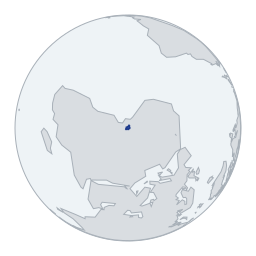 the Earth from above Nassarawa, rotated 135°
{"feature_id": "NGA-2867", "entity_name": "Nassarawa", "entity_type": "State", "adm_level": 1, "iso_a3": "NGA", "parent_name": "Nigeria", "parent_adm1": "", "projection": "orthographic", "projection_center": [8.322, 8.561], "detail": "fine", "context": "on_globe", "style": "filled", "palette": "blue", "viewbox_px": 256, "rotation_deg": 135, "n_neighbors": 0, "source": "natural_earth", "source_scale": "10m", "svg_char_len": 8871}
<svg xmlns="http://www.w3.org/2000/svg" viewBox="0 0 256 256"><g transform="rotate(135 128 128)"><circle cx="128" cy="128" r="113" fill="#eef3f6" stroke="#a8b0b8"/><path d="M88.8,22.4L87.7,22.8L88.5,22.6L85.9,23.6L88.7,22.7L90.9,21.8L92.9,21.2L93.5,21.1L90.4,22.2L89.6,22.5L89.0,22.8L87.2,23.4L88.5,23.1L84.6,24.7L89.3,23.0L87.0,24.3L84.2,25.4L83.3,25.3L74.5,28.9L71.4,30.6L67.8,32.8L63.6,36.5L60.6,38.6L57.5,41.5L59.6,40.1L62.9,37.4L66.1,35.9L69.7,33.2L71.6,32.3L75.8,29.8L76.4,30.3L74.7,32.2L71.3,34.4L70.4,35.5L74.7,33.7L69.3,38.5L67.4,43.1L65.9,44.6L61.0,46.3L58.5,45.2L52.2,48.9L57.5,46.8L53.6,51.0L53.4,51.9L54.4,52.1L56.4,50.7L55.3,52.3L49.6,54.7L50.5,53.2L52.3,52.3L51.1,52.0L47.3,54.3L45.6,56.5L41.6,58.5L40.3,60.3L38.7,62.0L41.0,58.9L36.8,64.7L31.9,70.0L26.1,80.9L30.4,71.9L31.2,70.4L35.8,63.3L41.0,56.5L46.6,50.1L52.7,44.2L59.2,38.8L66.1,33.9L73.4,29.5L81.0,25.6L88.8,22.4ZM19.5,97.8L19.4,98.2L18.2,102.7L19.5,97.8ZM17.2,107.5L16.8,110.4L17.0,110.0L17.0,112.7L18.2,108.5L19.6,106.8L18.5,113.3L20.2,107.9L20.3,111.4L23.9,112.9L23.3,114.2L26.1,123.3L31.1,128.3L32.2,133.4L31.4,136.2L33.6,137.6L33.7,139.6L44.0,144.7L50.7,150.7L51.5,157.4L47.8,164.3L48.8,179.8L43.3,183.4L44.9,189.4L45.8,197.4L42.1,195.6L46.3,200.5L46.8,202.7L45.2,202.2L47.6,205.2L46.6,204.8L49.2,207.2L51.6,210.4L55.6,214.0L58.4,216.5L61.1,218.6L60.7,218.3L61.0,218.6L53.9,212.8L47.2,206.4L45.8,205.0L46.3,205.5L44.1,203.2L39.1,197.2L34.4,190.2L24.1,168.8L22.2,164.1L19.6,157.8L16.3,142.4L15.8,138.5L15.5,133.7L15.4,130.3L16.0,121.8L16.8,112.9L16.8,111.3L16.3,114.2L16.6,111.3L17.2,107.5ZM24.4,84.6L23.2,91.4L22.3,91.2L22.8,90.4L23.4,87.8L24.0,85.1L23.7,85.6L24.4,84.6ZM27.5,79.2L27.6,78.5L27.5,79.2ZM75.2,29.8L75.4,29.8L74.5,30.3L75.2,29.8ZM76.7,28.8L75.4,29.3L75.9,28.9L76.7,28.6L76.7,28.8ZM78.2,28.3L77.1,28.2L78.0,27.6L81.8,25.9L78.2,28.3ZM91.3,21.6L89.0,22.5L90.3,21.9L91.3,21.6ZM99.5,19.0L98.9,19.2L96.3,19.9L98.8,19.2L91.7,21.4L92.1,21.2L99.5,19.0ZM93.8,20.9L93.7,20.8L96.9,19.8L97.7,19.8L96.4,20.1L93.8,20.9ZM96.0,20.3L98.0,19.8L97.1,20.3L94.1,20.9L96.0,20.3ZM97.4,19.6L99.0,19.2L98.4,19.4L97.4,19.6ZM94.9,22.0L94.7,21.8L96.4,21.2L94.9,22.0ZM98.8,19.7L99.1,19.5L99.7,19.3L100.8,19.1L98.8,19.7ZM105.0,17.7L106.1,17.5L102.9,18.2L104.8,17.8L105.3,17.8L102.2,18.5L102.9,18.2L103.0,18.2L104.4,17.9L105.0,17.7ZM103.8,18.4L100.2,19.6L100.2,20.1L98.7,20.6L99.1,19.7L103.8,18.4ZM103.1,18.4L103.2,18.5L101.3,18.9L100.1,19.1L103.1,18.4ZM107.8,17.2L108.1,17.2L107.3,17.3L107.8,17.2ZM104.2,18.5L105.0,18.2L104.4,18.4L104.2,18.5ZM107.3,17.4L106.8,17.4L107.7,17.3L107.3,17.4ZM107.2,17.8L106.0,18.1L105.2,18.2L107.2,17.8ZM107.6,17.5L108.9,17.3L105.6,18.0L107.2,17.6L107.6,17.5ZM108.2,17.2L108.6,17.2L108.3,17.3L108.2,17.2ZM111.2,17.4L107.2,18.3L105.3,18.4L109.4,17.5L111.2,17.4ZM62.3,219.5L61.4,218.8L65.6,221.7L66.1,222.1L65.3,221.6L62.3,219.5ZM62.8,219.2L63.0,218.8L64.0,219.5L64.1,219.9L62.8,219.2ZM237.6,101.9L237.5,101.7L239.2,109.9L239.3,110.6L239.8,114.1L239.6,112.9L238.4,105.8L235.7,95.9L236.0,98.4L234.7,94.3L231.1,86.8L230.8,90.3L231.0,102.5L233.1,113.2L232.3,118.5L226.3,104.1L222.5,94.2L221.1,95.6L214.3,88.2L204.7,89.5L202.7,87.1L201.0,88.7L196.2,86.7L192.9,82.9L190.3,83.5L198.8,93.8L201.6,93.2L203.0,88.5L205.0,92.4L209.5,95.4L206.6,105.9L191.3,117.0L188.8,109.1L172.1,88.9L172.0,86.5L171.9,86.2L171.6,85.7L171.1,89.7L167.9,85.8L177.9,99.9L180.0,106.3L191.1,117.5L190.3,118.9L193.6,121.1L202.8,116.8L203.1,119.5L199.3,132.7L185.6,151.4L186.9,162.8L185.0,172.6L175.2,179.8L174.9,187.1L169.7,190.1L168.6,194.3L163.7,198.9L156.0,203.5L144.3,204.2L144.5,200.5L140.0,193.5L134.2,176.0L138.2,167.6L137.5,161.1L128.9,146.9L130.9,138.8L128.3,135.4L123.2,136.4L120.2,132.5L117.0,132.4L96.5,135.6L89.7,130.3L80.3,114.3L83.7,107.9L83.3,100.5L105.5,76.1L111.2,77.3L129.9,73.8L132.4,74.5L131.3,80.0L146.2,86.1L149.6,81.3L162.0,84.3L169.5,83.7L170.2,73.4L157.9,74.2L154.7,69.5L163.6,64.7L174.2,64.6L173.3,62.9L165.7,59.3L167.1,56.0L162.9,57.9L165.3,59.5L162.7,60.9L160.4,59.5L161.0,58.3L157.5,57.7L155.5,64.3L157.7,66.7L149.2,68.4L152.2,72.7L150.2,75.0L144.5,68.6L144.4,66.2L134.6,59.9L134.0,62.5L143.2,68.8L140.7,68.4L140.0,72.5L138.6,69.1L128.8,62.1L120.5,64.1L111.6,74.7L106.4,75.8L101.3,74.0L102.9,63.7L114.3,62.5L115.1,59.3L111.4,55.1L115.2,55.3L115.0,53.6L119.2,53.2L123.7,49.0L127.8,48.4L128.2,43.6L130.4,42.8L129.5,45.7L131.0,47.7L140.9,47.0L142.4,45.9L141.9,42.9L144.7,43.3L143.0,40.6L148.0,39.3L140.4,38.8L139.6,36.0L141.9,33.7L140.3,32.8L136.5,36.5L136.3,38.2L138.2,39.7L136.3,44.8L133.2,45.9L130.0,40.6L125.3,41.7L124.9,37.5L135.3,29.1L140.3,27.7L151.4,30.5L150.9,32.1L146.8,31.8L151.8,34.5L150.8,33.1L153.2,33.6L153.0,31.4L154.6,31.7L151.7,29.3L153.7,29.4L155.5,31.0L156.9,28.4L160.7,28.4L160.2,27.7L158.7,27.0L164.5,27.8L163.9,27.3L161.7,26.8L159.2,25.5L156.9,23.8L159.0,24.1L160.1,24.8L165.7,27.0L168.3,29.1L168.9,29.1L167.2,27.4L160.4,24.7L158.5,23.6L161.7,24.6L160.4,24.1L160.1,23.7L161.8,23.7L158.2,22.6L151.9,18.8L154.5,18.9L158.1,20.0L156.0,18.9L156.6,19.0L164.3,21.4L171.9,24.3L179.3,27.7L186.4,31.7L193.1,36.1L199.6,41.0L205.7,46.4L211.3,52.2L216.6,58.4L221.4,65.0L225.6,71.9L229.4,79.0L232.7,86.5L235.4,94.1L237.6,101.9ZM99.2,88.3L98.9,90.5L99.2,88.3ZM186.4,70.1L192.1,70.0L187.8,64.1L189.6,63.7L187.5,62.0L187.5,63.7L182.0,59.1L183.8,57.3L182.2,54.9L180.2,54.8L177.8,59.1L185.6,65.5L185.0,68.1L186.4,70.1ZM24.0,112.8L24.3,114.3L23.6,114.1L24.0,112.8ZM21.3,93.7L21.5,94.2L21.3,95.3L21.0,95.4L21.3,93.7ZM24.6,96.6L25.2,97.6L24.3,97.7L24.6,96.6ZM23.3,92.4L24.1,96.1L22.4,97.2L21.9,94.9L22.7,94.9L23.3,92.4ZM25.7,82.5L25.6,83.2L25.1,84.3L25.7,82.5ZM27.6,79.4L27.9,78.4L27.6,79.4ZM53.9,50.8L54.3,50.7L54.9,51.2L53.9,51.7L53.9,50.8ZM62.1,49.8L60.1,52.5L60.8,50.7L59.0,51.8L58.1,49.6L65.1,45.2L62.1,47.5L62.1,49.8ZM58.9,46.0L58.6,47.5L58.6,46.0L58.9,46.0ZM110.4,45.8L112.2,46.7L111.3,48.6L106.1,50.3L107.5,47.4L110.4,45.8ZM115.1,47.6L113.4,42.4L116.5,41.4L115.0,42.8L117.3,42.7L115.5,44.9L120.1,49.4L119.6,51.5L110.4,52.9L113.7,51.2L111.7,50.3L115.1,47.6ZM103.6,33.8L102.9,32.4L110.5,32.1L110.3,33.5L105.2,35.0L102.5,34.2L103.6,33.8ZM85.1,25.9L84.3,25.9L85.2,25.5L86.5,25.1L85.1,25.9ZM94.7,22.0L89.3,25.4L88.1,25.6L86.4,27.8L82.7,29.2L83.9,27.6L79.8,30.6L79.4,29.8L76.9,31.8L80.2,28.2L79.7,27.8L81.6,27.6L85.0,26.3L86.4,25.6L89.8,23.5L90.5,22.4L94.0,21.2L96.3,20.6L96.7,20.7L94.3,21.4L96.5,21.0L93.3,22.1L94.7,22.0ZM121.0,19.4L118.1,19.4L122.0,20.3L118.9,20.8L119.5,20.8L117.7,21.6L116.6,22.8L115.0,23.0L115.2,23.4L114.0,24.1L113.8,24.8L110.9,25.4L110.4,26.4L109.3,26.1L109.3,27.7L108.0,26.8L106.3,27.8L108.5,28.1L93.2,31.3L87.7,33.9L83.9,36.6L82.2,35.2L84.7,31.9L89.3,28.3L94.8,26.3L93.0,26.2L95.1,25.3L95.6,25.8L96.1,24.6L98.0,24.0L102.1,21.8L101.6,20.8L103.1,20.1L104.2,20.3L104.9,19.5L108.1,19.4L109.2,18.9L113.5,18.5L115.0,19.3L116.1,18.8L119.4,18.6L121.0,19.4ZM112.4,17.3L114.9,17.7L114.4,18.3L107.2,18.8L105.7,19.2L101.1,19.9L101.9,19.2L103.1,19.0L104.5,18.7L103.7,19.0L105.4,18.5L107.2,18.4L109.0,18.0L109.3,18.1L112.4,17.3ZM134.6,72.4L136.4,72.5L139.1,72.1L138.7,74.9L134.6,72.4ZM127.8,67.7L129.3,67.2L130.1,70.6L128.2,70.6L127.8,67.7ZM129.5,64.3L129.3,66.9L128.3,65.5L129.5,64.3ZM130.9,45.3L132.4,44.9L132.8,45.5L132.3,46.6L130.9,45.3ZM131.9,23.3L130.3,23.0L130.6,22.7L128.7,21.4L130.9,21.2L132.9,21.8L131.9,23.3ZM168.5,75.3L166.7,77.3L165.4,76.5L166.3,75.9L168.5,75.3ZM152.3,76.1L156.3,77.2L152.1,76.9L152.3,76.1ZM134.0,22.8L133.0,22.3L134.7,22.5L134.0,22.8ZM132.4,20.9L134.4,21.0L131.0,21.0L132.4,20.9ZM192.9,217.0L192.3,218.1L191.3,218.4L192.9,217.0ZM200.9,169.2L192.0,186.8L187.6,187.4L187.8,182.6L191.8,172.1L197.2,168.6L200.1,163.6L200.9,169.2ZM240.6,125.7L240.0,118.2L240.3,119.9L240.6,125.7ZM233.5,114.1L235.2,120.2L234.6,121.6L233.5,114.1ZM151.2,21.8L151.4,23.7L153.0,25.3L156.2,26.5L151.8,25.8L149.3,23.3L151.2,21.8ZM151.6,19.0L148.8,18.3L149.9,18.4L150.7,18.5L151.6,19.0ZM150.0,18.8L146.8,18.5L145.1,18.0L148.0,18.3L150.0,18.8ZM140.5,20.1L140.4,20.6L139.0,20.3L140.5,20.1Z" fill="#d9dde1" stroke="#a8b0b8" stroke-width="1"/><path d="M130.5,128.4L130.5,128.5L130.4,128.5L130.2,128.5L129.9,128.5L130.0,128.8L130.0,129.0L129.7,129.2L129.6,129.3L129.3,129.0L129.2,129.0L128.9,129.0L128.5,128.8L128.2,128.9L128.1,129.0L128.2,129.4L128.2,129.5L128.0,129.4L127.9,129.4L127.7,129.3L127.4,129.2L127.2,129.2L126.9,129.1L126.7,129.1L126.4,129.1L126.0,129.0L125.6,129.2L125.5,129.3L125.4,129.3L125.3,129.2L125.4,128.8L125.4,128.6L125.4,128.4L125.7,128.2L125.9,128.2L126.2,128.0L126.3,128.0L126.3,127.8L126.4,127.6L126.5,127.2L126.5,126.9L126.6,126.7L126.8,126.6L127.0,126.6L127.3,126.5L127.5,126.7L127.5,126.9L127.6,127.1L127.8,126.9L128.1,126.9L128.2,127.0L128.3,127.1L128.5,127.0L128.5,126.9L128.7,126.7L128.8,126.8L128.9,127.0L129.0,127.1L129.3,127.1L129.5,127.2L129.4,127.2L129.4,127.3L129.2,127.5L129.1,127.8L129.2,128.0L129.4,128.2L129.5,128.2L129.9,128.2L130.0,128.1L130.3,128.2L130.4,128.3L130.5,128.4Z" fill="#3b82f6" stroke="#1e3a8a" stroke-width="1.5"/></g></svg>